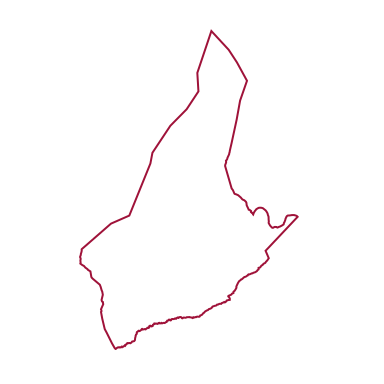 Bo'xmoron, Uvs, Mongolia (Natural Earth projection), rotated 274°
{"feature_id": "93677404B1133858650203", "entity_name": "Bo'xmoron", "entity_type": "district", "adm_level": 2, "iso_a3": "MNG", "parent_name": "Mongolia", "parent_adm1": "Uvs", "projection": "natural_earth1", "projection_center": [90.299, 49.813], "detail": "fine", "context": "isolated", "style": "outline", "palette": "rose", "viewbox_px": 384, "rotation_deg": 274, "n_neighbors": 0, "source": "geoboundaries", "source_scale": "gbopen_adm2", "svg_char_len": 5569}
<svg xmlns="http://www.w3.org/2000/svg" viewBox="0 0 384 384"><g transform="rotate(274 192 192)"><path d="M127.3,86.0L126.6,85.9L125.8,86.1L123.9,85.8L122.3,85.4L121.6,85.5L119.6,84.9L118.9,85.0L118.1,85.5L117.1,85.6L116.0,85.4L115.3,85.6L114.7,85.6L114.0,85.8L112.8,85.6L111.5,87.6L110.6,89.5L109.2,90.8L107.7,93.2L107.1,93.6L105.7,96.2L100.3,97.5L99.6,97.9L98.6,99.0L93.1,106.5L91.0,107.5L87.7,108.7L86.4,109.4L83.7,110.1L83.2,110.2L78.0,109.3L76.5,109.9L75.9,110.9L75.0,110.9L74.0,111.3L68.6,109.4L67.6,109.9L66.7,110.0L66.0,109.6L59.4,111.3L49.2,114.5L45.7,116.7L35.5,122.7L31.0,125.7L30.4,126.3L30.1,126.7L30.2,127.0L30.6,127.3L30.9,127.6L31.0,127.8L31.3,128.1L31.7,128.6L31.8,128.9L32.0,129.8L31.9,129.9L32.0,130.1L31.9,130.3L32.0,130.5L32.1,130.9L31.9,131.1L32.0,131.6L32.3,132.0L32.3,132.7L32.7,132.9L32.6,133.0L32.8,133.1L32.8,133.5L32.7,133.8L33.0,134.4L33.4,134.7L33.8,135.4L34.2,135.6L34.1,135.8L34.3,135.8L34.3,136.0L34.4,136.3L34.7,136.4L34.8,136.5L35.1,136.6L35.4,136.9L35.5,137.2L36.0,137.5L36.1,137.8L36.3,138.0L36.6,137.9L36.8,138.2L36.9,138.6L36.7,139.0L36.9,139.7L37.0,139.9L37.0,140.3L36.9,140.5L36.8,141.0L37.6,142.1L38.5,142.6L38.7,142.8L39.0,144.2L39.3,144.8L40.3,145.4L42.5,145.5L44.0,145.8L44.9,145.8L45.2,146.0L45.9,146.1L46.4,146.6L46.7,146.8L47.4,146.8L48.1,146.7L48.5,146.9L48.8,147.5L49.3,147.8L49.5,148.0L49.9,148.4L49.9,148.5L49.6,148.9L49.6,149.4L49.6,149.5L50.8,150.9L51.1,151.2L51.7,151.4L51.9,151.6L52.0,151.8L51.9,152.0L51.3,152.2L51.3,152.5L51.6,153.1L51.7,153.8L52.0,154.4L52.0,154.7L51.7,155.1L51.7,155.3L52.2,155.7L52.7,156.4L53.5,157.0L53.3,157.9L53.4,158.3L53.8,158.6L55.0,158.6L55.7,159.5L55.7,159.9L55.1,160.3L55.0,160.6L55.4,161.0L55.5,161.2L55.4,161.9L55.7,162.2L56.8,162.3L57.4,163.1L58.1,163.5L57.7,164.0L58.3,165.0L58.3,165.5L58.0,166.4L58.0,166.9L58.3,167.3L58.9,167.6L59.2,168.4L59.2,168.5L58.7,168.9L58.7,169.1L58.7,169.4L58.8,170.0L59.3,170.5L59.2,170.7L58.9,171.1L59.0,171.7L59.3,172.2L59.5,173.1L59.4,173.9L59.9,174.6L60.4,175.1L60.5,175.7L60.8,175.9L61.2,175.9L61.5,176.1L61.9,176.2L62.0,176.3L62.0,176.9L62.3,177.5L63.0,177.8L63.1,178.6L63.0,178.9L62.4,179.4L62.4,179.7L62.6,180.0L63.3,180.2L63.4,180.5L63.9,180.9L64.0,182.9L64.7,183.9L64.4,184.5L64.4,184.9L64.5,185.1L65.1,185.3L65.4,185.9L65.8,186.3L65.8,186.5L65.4,187.2L65.4,187.3L66.0,187.5L66.2,188.2L66.3,188.4L66.4,188.6L66.5,188.9L66.5,189.2L66.4,189.7L66.3,190.0L66.1,190.2L65.6,190.5L65.4,190.8L65.3,191.0L65.3,191.3L65.4,191.5L66.0,192.0L66.2,192.6L66.1,194.1L66.1,194.3L66.3,194.9L66.8,195.7L66.8,196.8L67.0,197.6L67.1,198.0L66.8,198.7L66.9,199.1L66.9,199.6L66.6,200.4L66.7,201.0L66.3,201.5L66.5,201.9L67.2,202.2L67.2,202.3L67.0,202.7L67.0,203.3L67.5,204.1L67.4,204.4L67.4,204.8L67.5,205.0L67.9,205.4L68.1,206.5L68.0,207.7L68.2,208.2L68.4,208.4L69.4,208.8L69.7,209.6L70.4,210.7L71.7,211.5L72.1,211.9L72.3,212.3L72.4,212.5L73.4,213.1L73.8,213.5L74.9,215.1L75.3,216.1L75.6,216.4L76.3,216.9L77.0,218.7L77.9,219.8L78.7,220.2L79.2,220.6L79.3,220.8L79.5,221.5L79.9,222.2L80.4,223.9L80.7,224.4L81.4,224.8L81.5,225.0L81.6,226.0L82.3,227.0L82.4,227.7L82.5,228.1L82.5,229.0L83.3,229.5L83.6,230.3L83.9,230.8L84.1,231.3L84.6,231.8L84.5,232.3L84.2,232.5L84.3,232.8L85.3,233.8L86.1,234.1L86.3,234.3L86.4,235.0L86.8,235.8L86.9,236.6L87.0,237.2L88.1,237.2L88.6,237.0L89.4,236.5L90.3,235.5L90.5,235.4L90.8,235.5L91.1,235.9L91.4,236.5L92.2,238.1L92.5,238.5L93.2,238.8L93.5,239.2L93.9,240.1L94.1,240.4L95.3,240.3L95.9,240.8L96.1,241.1L96.5,241.5L99.0,242.8L99.7,243.0L100.3,242.8L101.3,243.0L104.4,244.2L106.3,245.2L107.6,246.7L108.2,247.1L108.3,247.5L108.6,248.0L110.6,249.9L110.9,250.3L111.1,251.1L111.4,251.7L111.8,252.2L112.5,253.0L112.6,253.4L112.9,253.6L113.4,253.7L113.8,254.2L113.8,254.7L113.8,255.1L114.0,255.5L115.0,257.3L115.1,258.1L115.7,258.8L116.3,260.5L117.3,261.9L117.8,262.4L118.6,262.8L119.4,263.8L119.8,263.8L120.9,263.6L121.0,263.7L121.0,264.0L121.4,265.0L121.7,265.4L122.7,265.9L123.6,266.6L123.8,267.1L124.3,267.6L124.6,267.9L125.4,268.3L125.8,269.0L126.1,269.6L126.5,270.1L127.5,270.6L128.9,271.8L131.3,273.2L138.5,269.5L174.6,299.1L175.2,298.5L175.6,297.6L175.8,297.1L175.9,296.4L176.1,295.5L176.0,293.5L175.5,291.4L175.3,290.3L175.3,289.6L175.2,289.2L175.0,288.9L174.5,288.3L173.9,287.9L173.3,287.8L172.5,287.4L172.0,287.2L170.6,287.0L169.7,286.7L168.6,286.4L167.4,285.8L166.6,285.8L166.0,285.6L164.5,283.6L164.2,283.0L163.6,282.1L163.2,281.0L162.5,279.9L162.5,279.5L163.0,278.7L162.9,276.8L162.7,276.4L162.1,275.7L161.9,274.8L162.0,274.4L163.3,272.9L164.2,272.1L166.3,270.7L166.7,270.6L168.1,270.7L169.5,270.4L172.6,270.1L173.6,269.7L174.4,269.3L175.8,268.9L176.8,268.3L177.9,267.5L178.8,266.7L180.8,263.8L181.1,262.4L181.1,261.7L181.1,260.9L180.8,259.5L180.2,258.6L179.5,257.6L179.0,257.1L178.6,256.9L178.2,256.7L177.8,256.3L175.8,255.2L173.8,254.6L174.0,254.4L174.3,254.3L174.6,254.4L175.2,254.2L175.3,253.2L175.8,252.8L176.0,252.3L176.1,252.2L176.3,252.1L176.8,252.2L177.0,252.3L177.3,252.1L177.4,251.8L177.5,251.7L178.1,250.8L178.2,250.0L178.4,249.7L178.8,249.6L182.5,247.5L185.1,247.0L186.1,246.4L187.3,244.9L187.6,244.3L187.8,243.5L188.3,242.6L189.2,241.7L189.8,241.2L192.0,238.3L192.8,236.1L193.0,235.0L193.4,234.4L196.7,232.7L198.3,231.3L220.3,223.2L221.6,223.3L222.8,223.7L224.2,224.0L225.6,223.7L226.8,224.6L227.7,224.9L228.6,225.0L232.2,226.4L233.5,226.5L234.5,226.8L235.4,226.8L243.7,228.1L267.3,231.5L286.5,233.6L306.8,239.1L324.4,227.8L336.4,218.7L353.9,200.1L311.2,189.0L292.8,191.4L274.2,180.9L256.6,165.8L228.4,149.8L217.5,148.5L164.1,131.1L154.8,113.4L127.3,86.0Z" fill="none" stroke="#9f1239" stroke-width="2"/></g></svg>